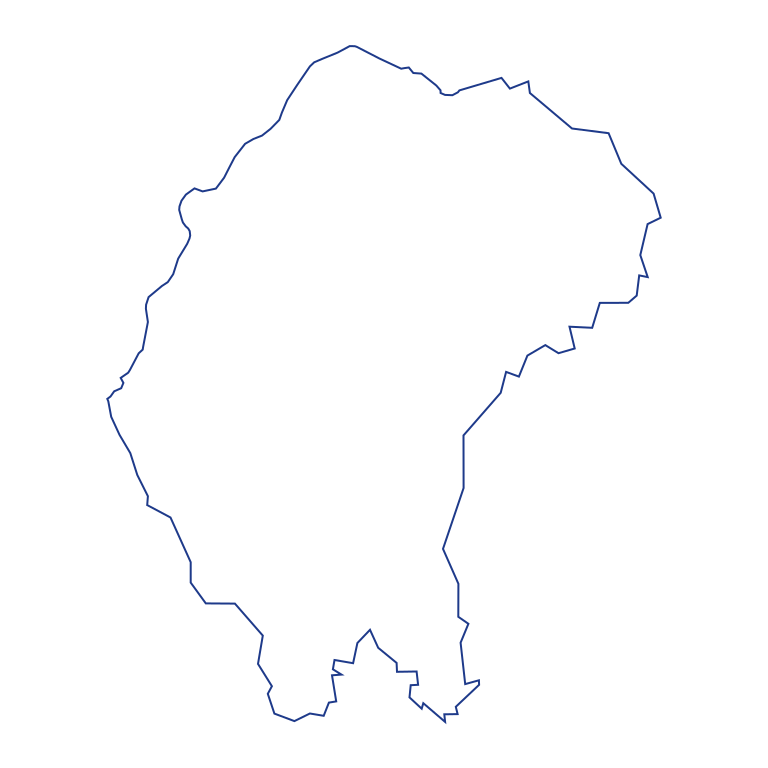 Chucher - Sandevo, Čučer Sandevo, North Macedonia
{"feature_id": "65306769B58175225548943", "entity_name": "Chucher - Sandevo", "entity_type": "district", "adm_level": 2, "iso_a3": "MKD", "parent_name": "North Macedonia", "parent_adm1": "Čučer Sandevo", "projection": "equal_earth", "projection_center": [21.395, 42.146], "detail": "fine", "context": "isolated", "style": "outline", "palette": "blue", "viewbox_px": 768, "rotation_deg": 0, "n_neighbors": 0, "source": "geoboundaries", "source_scale": "gbopen_adm2", "svg_char_len": 1829}
<svg xmlns="http://www.w3.org/2000/svg" viewBox="0 0 768 768"><path d="M459.4,90.4L457.9,92.3L452.4,95.2L445.0,94.9L440.6,93.0L440.5,90.3L436.3,85.5L421.4,73.6L413.3,73.0L408.8,67.5L404.5,68.1L401.2,68.7L379.2,58.4L356.7,46.8L354.8,46.2L349.7,46.1L337.6,52.6L322.4,58.8L314.2,62.3L309.9,66.4L297.3,84.8L287.2,100.1L281.9,112.6L279.3,119.9L270.6,128.8L262.0,135.6L253.4,139.0L245.1,143.8L234.7,157.1L229.3,167.5L224.1,177.7L215.9,188.6L202.6,191.4L194.5,188.4L185.9,194.6L181.5,200.7L179.5,206.4L179.2,209.9L181.8,219.3L182.9,222.5L185.7,226.3L188.2,228.5L189.7,231.1L190.2,235.5L189.5,238.5L187.2,243.8L178.2,258.6L175.7,266.4L173.2,274.2L167.8,282.1L161.9,286.0L148.6,297.1L146.1,304.7L145.9,308.7L147.9,322.0L143.1,347.0L142.7,349.6L138.7,353.3L129.9,370.0L128.2,372.7L120.7,377.9L123.4,382.9L121.2,388.2L114.2,391.3L110.5,396.5L107.3,398.9L108.3,401.3L111.2,416.8L119.5,434.8L130.3,453.1L137.3,475.0L147.9,496.2L147.2,505.1L170.5,517.5L190.7,562.2L190.7,582.6L205.8,603.4L234.9,603.6L262.8,635.6L258.0,663.9L271.9,686.2L267.8,693.8L274.4,713.6L294.4,721.1L309.9,713.5L323.7,715.8L328.9,702.6L336.2,701.4L332.0,675.3L341.5,674.6L332.9,669.3L334.5,660.0L353.1,663.2L357.4,643.0L370.0,629.8L378.2,647.8L396.6,662.9L397.0,671.8L416.6,671.5L418.1,684.8L410.7,685.2L409.5,697.4L421.7,708.7L423.3,703.2L445.1,721.9L444.3,714.3L457.6,714.1L455.8,706.8L479.1,684.8L478.9,680.3L465.2,684.1L460.6,642.7L468.4,623.8L458.3,616.8L458.4,583.8L443.0,548.9L463.6,488.0L463.5,435.4L500.7,392.8L506.1,371.9L518.9,376.6L527.4,355.6L545.3,345.1L558.5,353.2L574.7,348.5L569.5,326.7L592.2,327.8L599.8,302.9L628.3,302.8L636.7,295.6L639.2,275.4L647.7,277.1L640.3,255.1L647.6,224.1L660.7,217.7L653.6,193.6L621.3,163.8L608.6,133.2L572.0,128.5L529.9,93.0L528.3,81.4L509.9,88.6L501.5,77.9L459.4,90.4Z" fill="none" stroke="#1e3a8a" stroke-width="2"/></svg>